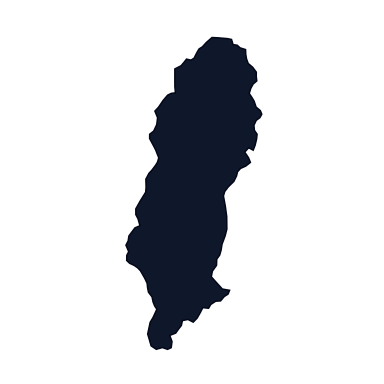 the district of Nova Europa, São Paulo, Brazil, rotated 312°
{"feature_id": "56859067B62446917197419", "entity_name": "Nova Europa", "entity_type": "district", "adm_level": 2, "iso_a3": "BRA", "parent_name": "Brazil", "parent_adm1": "São Paulo", "projection": "orthographic", "projection_center": [-48.554, -21.778], "detail": "fine", "context": "isolated", "style": "filled", "palette": "ink", "viewbox_px": 384, "rotation_deg": 312, "n_neighbors": 0, "source": "geoboundaries", "source_scale": "gbopen_adm2", "svg_char_len": 1899}
<svg xmlns="http://www.w3.org/2000/svg" viewBox="0 0 384 384"><g transform="rotate(312 192 192)"><path d="M144.1,285.7L140.2,279.5L141.1,270.3L141.9,263.1L146.8,260.1L153.9,259.3L158.7,255.3L163.6,254.8L168.3,252.5L173.2,249.3L181.5,246.0L187.8,242.7L197.0,234.2L203.8,226.2L210.1,218.0L214.2,216.0L219.8,215.5L227.9,216.0L233.6,214.4L237.5,212.3L242.0,212.3L247.2,214.6L253.1,215.6L255.3,211.0L256.9,204.5L262.8,204.5L264.0,209.5L269.0,207.6L274.5,204.6L278.5,201.7L279.6,197.1L283.0,193.4L288.2,191.8L292.7,192.7L296.5,191.8L298.2,188.3L298.0,182.8L301.1,177.3L302.5,172.7L303.5,168.6L308.4,166.3L313.1,165.2L317.9,165.8L320.8,162.5L324.1,159.6L325.3,153.6L325.1,147.8L327.3,143.6L330.4,139.7L333.7,136.5L331.3,131.3L331.3,127.3L329.0,123.9L331.8,119.3L329.7,115.7L324.1,108.3L320.2,103.5L312.6,102.6L306.9,102.6L303.0,101.5L298.3,102.5L292.9,104.0L289.3,103.0L287.1,99.0L282.8,99.3L278.5,99.4L272.0,96.9L268.3,100.2L258.7,108.9L254.6,113.3L251.4,110.6L247.7,109.1L240.5,109.3L232.6,110.4L227.3,110.3L224.2,116.7L218.5,120.7L211.6,122.8L206.6,121.9L203.4,124.7L202.1,128.3L200.5,132.8L198.9,137.0L197.2,140.3L195.2,144.4L191.1,146.4L187.1,147.1L181.2,147.6L177.2,147.5L170.7,149.1L164.8,154.7L160.9,157.7L155.4,158.7L150.8,159.5L141.9,161.5L137.6,165.4L136.0,169.8L132.1,175.9L127.2,173.6L122.7,174.0L117.2,174.5L112.9,177.3L108.3,178.5L105.3,184.9L101.3,185.9L97.4,189.3L97.3,193.3L98.8,198.3L99.3,202.2L99.0,206.4L96.3,214.6L94.1,219.8L91.0,223.2L88.4,226.7L87.3,232.5L84.2,236.7L82.3,240.6L81.4,244.3L76.7,245.8L72.4,247.1L67.2,248.1L62.0,251.1L56.8,254.1L54.0,258.7L50.3,264.6L51.2,270.7L56.6,274.1L58.7,279.1L62.4,280.7L67.5,277.2L70.5,271.4L76.2,274.3L81.4,273.7L85.7,273.4L90.0,270.9L94.6,274.3L96.1,280.0L101.6,280.2L107.7,278.9L113.3,277.4L116.7,282.1L121.0,281.2L126.7,282.7L130.2,286.1L135.8,285.9L140.3,287.1L144.1,285.7Z" fill="#0f172a" stroke="#020617" stroke-width="1.5"/></g></svg>